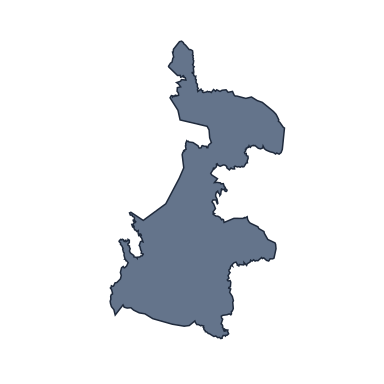 Tlacoachistlahuaca, Guerrero, Mexico (Equal Earth projection), rotated 347°
{"feature_id": "50627088B91414263136066", "entity_name": "Tlacoachistlahuaca", "entity_type": "district", "adm_level": 2, "iso_a3": "MEX", "parent_name": "Mexico", "parent_adm1": "Guerrero", "projection": "equal_earth", "projection_center": [-98.264, 16.975], "detail": "fine", "context": "isolated", "style": "filled", "palette": "slate", "viewbox_px": 384, "rotation_deg": 347, "n_neighbors": 0, "source": "geoboundaries", "source_scale": "gbopen_adm2", "svg_char_len": 6063}
<svg xmlns="http://www.w3.org/2000/svg" viewBox="0 0 384 384"><g transform="rotate(347 192 192)"><path d="M125.3,306.6L143.1,316.4L154.2,321.0L159.3,321.5L165.8,318.3L165.9,319.7L166.9,322.3L168.4,322.6L170.5,324.4L171.3,324.1L173.2,325.2L172.5,326.3L173.1,326.9L172.7,327.9L172.9,329.1L173.7,330.0L173.6,331.1L174.8,331.6L176.1,333.6L177.0,333.9L180.8,337.7L182.8,337.7L184.3,339.7L186.0,339.8L187.1,341.3L188.5,341.2L188.5,340.6L190.1,338.8L191.9,339.3L192.2,339.9L192.9,339.2L194.1,339.4L195.8,338.4L195.3,335.7L195.9,334.6L194.0,333.9L193.7,334.6L193.4,333.9L193.1,334.7L192.1,334.9L191.7,333.1L192.7,332.8L191.2,331.0L191.8,329.6L191.4,327.8L190.7,327.0L193.3,322.8L192.5,321.6L192.6,319.6L194.3,319.1L198.8,319.5L200.0,319.2L201.4,319.4L202.2,320.4L203.0,319.7L203.5,317.3L204.4,317.1L206.0,314.9L206.9,308.5L207.9,307.3L207.8,302.8L206.1,298.2L207.9,295.2L206.1,294.0L206.4,293.3L208.1,293.0L209.5,288.6L209.2,286.9L207.2,286.8L206.6,285.6L208.7,284.2L208.3,281.6L211.0,279.0L210.3,277.9L210.4,276.3L212.0,275.3L212.4,274.0L213.5,272.6L214.1,272.4L214.7,273.1L214.5,272.0L217.0,270.4L219.1,270.2L220.0,272.7L219.6,273.2L221.0,274.6L221.8,273.3L226.0,274.7L226.5,274.3L226.8,272.4L228.7,275.8L229.7,274.3L232.9,273.3L233.8,271.6L234.9,272.9L236.8,271.9L237.9,273.5L239.1,273.2L240.8,273.8L245.1,271.5L245.6,272.7L247.1,272.3L249.2,275.4L251.2,276.5L253.1,274.7L255.6,275.3L257.0,274.9L261.1,266.2L261.7,261.8L261.4,260.2L255.2,255.3L253.2,248.6L253.2,246.7L248.9,242.7L248.4,240.7L241.7,235.4L240.8,233.9L240.0,231.2L240.2,228.5L237.7,229.2L237.4,228.7L235.7,229.2L226.9,227.1L216.4,228.9L216.4,226.0L215.6,225.4L214.6,225.7L213.6,223.1L211.8,221.4L209.8,220.8L207.6,218.4L207.8,217.8L208.8,217.8L208.0,217.1L208.1,216.0L211.1,213.5L210.4,208.4L209.2,206.1L210.7,204.5L213.9,205.3L213.6,206.9L214.0,209.2L214.6,208.9L214.8,204.4L214.1,201.6L214.4,200.0L215.7,197.7L217.2,197.0L217.2,198.2L218.6,200.5L218.4,201.6L219.5,200.7L220.5,197.7L221.5,196.7L221.1,195.9L221.4,195.6L223.2,196.8L224.0,196.5L224.5,198.8L225.5,199.2L226.4,198.6L226.5,197.8L225.5,196.5L225.3,194.7L224.7,194.1L224.4,190.9L222.1,190.6L221.8,189.5L218.7,188.3L216.0,187.9L219.8,184.8L215.2,180.0L214.4,178.1L217.7,174.9L218.2,173.6L218.7,173.6L218.8,174.5L221.3,173.0L222.1,171.4L222.0,170.4L222.9,170.1L223.4,171.7L225.2,173.3L228.6,172.7L230.1,173.2L231.6,174.9L231.4,176.3L233.4,178.9L235.4,177.4L236.4,178.5L238.7,179.1L238.9,176.8L239.8,176.5L241.8,177.8L243.4,177.8L244.5,178.7L246.5,178.2L247.1,179.0L248.3,179.0L251.3,176.0L252.6,176.0L252.7,174.3L254.3,171.7L254.6,169.7L253.2,168.8L253.5,166.6L252.2,166.5L252.0,165.2L253.5,164.1L253.7,162.6L254.3,162.7L254.8,161.5L255.8,161.5L256.2,160.9L257.0,161.2L257.9,159.9L258.1,160.9L259.0,161.6L259.6,160.7L262.2,160.3L262.8,161.0L263.8,160.8L266.4,164.3L268.5,165.4L270.8,165.0L271.6,163.2L272.3,166.1L273.7,167.9L277.3,170.5L280.2,171.9L282.0,173.8L283.3,173.1L285.4,174.7L287.7,173.6L289.6,170.8L296.5,150.5L295.4,149.3L293.2,143.8L292.1,142.5L292.8,141.3L292.0,137.6L291.3,135.1L289.4,131.8L280.7,120.5L276.0,117.5L271.3,112.8L265.5,112.9L257.3,108.6L255.7,108.3L254.8,106.9L254.1,103.1L249.6,103.0L248.2,100.1L244.2,99.6L241.9,100.3L239.1,98.0L237.6,99.1L236.1,97.0L233.1,99.4L231.9,98.2L230.5,98.1L229.6,97.3L228.7,97.8L225.5,97.7L224.8,97.2L225.3,95.7L224.1,95.3L223.9,93.8L220.3,95.4L220.3,93.5L221.4,92.5L220.8,90.8L221.5,88.2L220.7,86.8L220.6,85.8L221.4,83.5L220.7,82.7L221.6,80.4L221.1,80.6L221.0,79.8L220.3,79.4L219.9,78.3L220.2,76.9L219.1,76.4L219.1,75.6L220.7,75.6L221.2,71.4L222.3,70.4L221.6,69.6L221.3,67.8L222.0,67.6L223.2,64.5L222.8,63.0L223.4,62.1L223.1,61.0L223.9,59.2L223.3,58.5L224.1,56.8L224.3,54.5L222.7,53.0L221.3,52.6L218.8,47.6L217.3,45.6L217.2,44.5L215.8,42.7L213.6,42.7L206.1,48.7L205.2,51.4L204.5,51.3L204.5,56.5L203.4,57.4L201.8,60.9L199.9,61.7L197.4,64.2L197.5,65.0L204.1,75.2L206.8,75.7L206.8,77.6L208.6,77.5L209.1,77.0L209.6,77.9L210.0,77.3L210.4,78.7L211.2,79.2L211.2,81.6L207.0,80.1L205.8,81.5L201.6,81.9L203.1,83.6L204.6,87.0L201.2,87.0L200.1,90.5L201.0,92.4L200.7,94.8L198.0,94.9L198.1,94.1L197.5,93.9L196.0,94.9L195.6,94.4L194.7,94.9L194.9,94.1L193.6,93.4L191.8,95.3L196.7,109.2L196.6,119.1L221.5,131.4L222.6,135.4L221.4,143.2L222.0,148.2L218.9,149.9L217.7,151.3L217.4,152.4L216.3,152.1L216.2,150.7L213.8,150.0L212.9,149.2L212.1,149.2L210.8,151.0L209.3,150.9L208.7,150.6L208.3,148.4L204.1,144.0L200.3,142.6L199.8,141.7L198.8,141.6L198.4,140.9L196.7,143.4L196.6,145.0L196.0,145.5L195.8,149.0L193.4,149.7L193.8,150.4L192.1,151.2L190.8,153.4L189.4,166.6L182.7,175.7L163.8,197.6L138.1,208.7L127.9,198.0L126.4,198.3L126.7,200.6L128.4,201.1L128.6,202.4L130.2,203.7L129.6,206.0L128.3,206.2L128.4,207.4L128.7,207.7L129.8,207.1L130.5,208.4L129.5,209.1L128.6,208.9L127.5,210.2L126.0,210.0L126.3,212.7L126.6,213.0L127.2,211.7L127.6,211.8L127.8,212.8L127.3,213.7L127.6,216.0L128.4,216.3L129.4,218.1L130.9,217.6L130.3,219.6L130.3,222.5L131.1,222.4L131.1,221.4L131.8,221.1L132.5,221.4L132.9,222.8L131.7,223.7L132.6,225.7L133.0,229.5L131.7,228.6L130.7,228.8L128.5,232.3L129.0,233.3L129.0,237.0L129.5,238.3L128.7,240.5L130.4,241.2L130.5,241.7L129.0,243.0L127.8,242.8L126.6,243.6L123.9,243.2L123.7,244.2L123.2,243.3L120.8,242.1L121.0,240.8L118.3,237.6L117.8,235.4L119.0,233.4L118.6,231.4L118.9,230.6L117.6,229.2L117.9,228.1L119.5,227.3L120.1,224.9L119.0,223.8L118.7,224.8L116.6,225.5L116.6,224.1L114.9,224.9L114.4,224.0L114.6,223.3L113.6,222.4L112.7,222.8L112.0,222.1L110.3,223.0L109.8,223.9L111.0,225.7L110.5,226.9L111.5,228.6L112.1,231.5L111.6,232.0L111.7,235.2L112.2,236.3L111.5,238.4L111.7,242.3L111.4,242.4L112.1,242.9L112.2,244.1L112.7,244.2L113.9,246.5L111.6,249.4L109.3,250.7L108.8,250.6L108.2,249.1L106.3,250.0L104.1,254.3L104.3,257.5L102.7,260.6L98.4,263.3L96.6,263.2L94.4,266.0L93.5,266.1L92.4,265.2L91.6,266.9L90.9,267.2L91.7,269.0L91.8,272.5L91.5,273.6L90.4,273.7L89.3,275.3L88.8,278.2L87.7,280.0L87.5,282.4L87.7,285.6L89.4,289.0L89.5,294.6L99.4,286.5L100.0,289.0L102.7,290.5L106.4,291.0L108.6,294.0L113.4,297.9L118.7,300.1L125.3,306.6Z" fill="#64748b" stroke="#1e293b" stroke-width="1.5"/></g></svg>